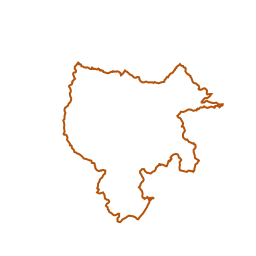 an SVG outline of Henan, rotated 35°
{"feature_id": "CHN-1812", "entity_name": "Henan", "entity_type": "Province", "adm_level": 1, "iso_a3": "CHN", "parent_name": "China", "parent_adm1": "", "projection": "equal_earth", "projection_center": [114.102, 33.88], "detail": "fine", "context": "isolated", "style": "outline", "palette": "amber", "viewbox_px": 256, "rotation_deg": 35, "n_neighbors": 0, "source": "natural_earth", "source_scale": "10m", "svg_char_len": 5852}
<svg xmlns="http://www.w3.org/2000/svg" viewBox="0 0 256 256"><g transform="rotate(35 128 128)"><path d="M137.5,45.6L138.5,46.3L139.8,46.2L140.3,45.8L140.9,46.0L141.9,47.3L142.3,48.5L144.6,49.5L146.2,49.7L146.8,49.3L148.3,49.7L149.2,49.5L149.8,50.3L151.1,50.6L154.6,53.1L156.1,53.3L158.4,52.5L160.5,52.9L161.5,52.7L163.4,54.3L163.6,54.6L163.4,55.5L163.7,55.7L164.9,55.5L165.4,55.2L166.3,54.2L166.9,52.6L168.2,51.4L168.9,51.7L170.1,51.5L171.2,52.0L172.8,54.7L173.4,55.0L174.1,54.8L175.3,53.4L176.8,52.4L176.8,55.2L175.9,57.7L175.3,58.4L174.0,59.2L173.7,59.8L173.3,64.3L173.7,64.9L174.8,64.3L175.8,63.3L176.1,62.5L176.5,60.9L177.0,60.4L178.6,60.4L182.0,59.4L183.7,58.5L186.0,56.5L188.4,56.8L189.2,56.4L192.0,54.2L192.4,55.0L192.3,55.6L191.7,56.2L191.0,58.6L189.3,58.0L189.0,58.3L188.8,58.2L186.8,60.0L186.7,60.6L187.3,61.2L187.4,61.5L187.1,61.9L184.3,62.5L183.5,63.1L182.3,65.1L181.7,65.8L180.8,66.3L178.8,66.7L178.0,66.6L177.9,67.5L177.7,68.1L175.5,69.6L175.3,70.1L175.2,71.5L175.0,72.0L174.0,72.1L173.7,72.8L174.1,74.0L174.0,74.4L173.1,74.7L171.7,76.4L171.1,76.6L169.3,76.7L168.8,77.2L167.2,77.8L166.2,79.4L165.6,81.0L164.1,83.1L161.9,84.5L162.2,86.4L161.8,87.6L161.8,89.1L161.5,89.8L163.2,90.5L164.8,90.0L165.5,90.1L170.1,92.3L171.1,93.7L171.0,95.7L171.3,96.0L172.1,95.4L173.2,95.4L176.3,97.6L176.3,100.3L176.6,101.5L177.7,103.1L178.8,104.2L181.7,104.5L182.4,104.3L182.9,103.5L184.3,103.8L185.7,104.5L187.5,103.9L189.7,103.7L190.4,102.8L191.6,103.5L192.6,103.0L193.0,103.3L193.7,104.3L194.3,104.6L194.6,105.7L194.3,107.9L194.5,108.6L195.6,110.0L198.4,112.2L199.8,113.9L200.4,114.2L204.4,113.9L204.9,114.1L204.7,115.6L205.0,117.3L204.3,118.4L204.2,119.4L204.9,120.8L205.7,123.1L206.7,124.9L206.5,126.5L205.3,126.3L204.5,127.2L203.8,127.3L202.1,128.1L201.8,128.5L201.6,129.9L201.3,130.2L194.9,132.8L193.8,132.1L192.4,130.1L191.7,128.4L189.9,126.4L189.8,125.9L190.1,124.1L189.7,123.4L188.3,123.1L187.6,122.8L186.7,123.1L184.4,121.2L182.2,121.6L180.3,124.0L179.7,126.7L179.9,128.0L181.2,128.1L181.4,128.5L181.3,131.1L181.1,131.4L180.4,131.0L180.1,131.6L180.7,133.3L181.6,137.1L180.6,137.7L178.2,137.9L176.8,138.4L175.7,140.0L175.3,140.0L174.8,139.3L174.5,139.4L174.3,139.9L174.5,141.3L174.0,142.4L174.0,143.4L173.7,144.4L174.2,145.1L174.5,147.8L174.4,148.3L173.3,149.6L172.8,152.0L172.3,152.5L170.5,153.0L169.4,153.8L166.6,153.6L165.0,152.5L164.5,152.6L163.0,153.8L163.0,155.1L162.7,156.6L163.3,157.5L163.9,158.0L166.1,158.8L167.0,159.5L169.1,160.2L170.6,161.5L170.8,163.4L170.4,164.2L170.4,166.1L170.5,166.9L171.1,168.1L170.9,170.3L172.4,170.5L173.3,171.0L175.4,171.5L177.5,173.2L178.5,175.2L179.6,176.4L180.1,176.6L181.2,176.1L181.8,176.2L182.2,176.6L183.2,174.4L183.3,173.6L184.5,174.0L184.9,173.4L185.8,174.3L186.2,173.2L187.1,171.9L188.1,170.9L189.0,170.8L189.1,171.0L187.8,172.2L187.5,172.8L187.9,173.3L187.5,175.6L188.2,176.9L188.4,179.7L188.9,181.7L189.3,189.2L188.7,193.9L188.7,197.0L187.8,197.3L185.1,196.9L184.4,197.2L183.3,197.2L180.7,198.4L180.1,198.9L179.4,198.9L178.3,200.7L177.8,202.6L175.9,206.1L175.9,207.9L175.5,209.7L174.6,210.1L173.2,210.4L172.8,210.3L172.3,209.3L171.3,208.4L171.2,207.5L171.5,206.3L171.4,205.5L170.0,203.4L169.2,203.7L167.9,206.4L166.9,207.3L166.0,207.6L162.8,207.2L161.8,207.5L160.7,207.4L160.1,207.2L159.5,206.4L158.2,206.2L156.8,204.6L155.1,204.6L154.5,204.4L154.2,202.8L154.2,201.9L154.9,200.5L155.0,199.7L154.7,198.9L154.2,198.5L153.0,198.2L152.1,198.8L149.8,199.0L148.1,197.5L147.3,196.4L144.5,195.1L142.9,197.3L142.2,197.9L141.5,198.3L139.6,198.5L139.6,195.5L138.9,194.9L138.2,195.2L137.5,195.2L137.2,194.7L136.9,192.9L135.4,190.8L135.3,188.5L134.5,186.0L134.5,185.5L135.2,183.8L134.8,180.5L135.3,178.3L133.9,176.0L133.4,176.4L132.4,176.3L131.4,176.8L131.0,177.3L130.7,178.2L130.2,178.2L129.7,178.7L129.4,179.6L129.0,180.0L126.5,180.4L124.0,179.5L123.5,178.5L123.1,178.1L122.1,177.7L121.4,176.6L121.0,176.3L120.1,176.2L119.1,177.1L118.4,177.3L116.7,175.8L115.9,176.0L115.3,176.5L111.8,177.3L109.5,178.3L105.8,177.5L103.8,177.4L102.0,177.6L101.3,178.0L99.3,177.9L98.0,178.5L96.1,177.0L95.4,176.8L94.0,176.8L91.9,174.9L91.6,174.8L90.5,175.5L89.4,174.2L84.8,172.6L84.0,170.8L83.6,170.3L81.8,169.2L80.9,169.1L79.6,170.1L79.0,170.1L78.6,169.6L78.3,167.8L77.8,166.9L75.5,164.6L74.0,161.8L71.8,159.7L70.8,159.1L70.6,158.6L70.8,157.4L70.7,156.9L69.5,155.2L68.7,153.6L68.1,151.5L66.6,150.7L65.4,149.3L64.9,147.7L66.0,144.1L65.4,142.0L65.9,140.0L65.1,137.2L64.2,136.0L62.6,135.2L60.7,133.4L60.4,132.8L60.5,131.6L59.5,129.9L58.0,128.7L56.3,128.1L55.7,127.6L55.7,126.8L56.9,124.4L56.2,122.2L55.8,122.2L55.7,121.8L56.0,119.6L56.4,118.5L56.4,118.0L54.9,117.4L54.2,116.7L52.7,115.9L52.1,115.3L51.8,114.7L51.8,113.9L52.0,113.4L53.0,112.6L53.1,112.1L52.8,111.3L52.4,110.7L50.4,110.0L49.6,108.9L49.3,108.0L49.3,107.3L49.7,106.2L49.6,103.0L50.6,103.0L51.4,103.9L51.7,103.8L52.1,103.2L53.2,103.0L54.4,104.1L55.7,103.5L57.3,103.4L58.8,102.8L59.1,102.6L59.3,102.1L60.3,101.5L63.2,101.3L64.2,100.7L63.9,99.1L64.5,99.0L65.5,99.7L65.9,99.5L66.8,98.6L68.9,97.9L69.2,97.6L69.6,96.3L70.1,96.2L71.7,97.0L71.9,96.9L72.3,96.1L72.5,96.0L73.2,96.4L74.1,95.7L74.7,95.5L75.7,96.2L80.0,94.8L80.3,94.6L80.7,93.7L81.2,93.3L81.9,91.7L83.1,91.0L82.9,90.4L83.2,90.1L84.6,89.7L85.2,88.9L86.0,88.6L86.9,87.6L88.6,87.2L89.0,87.4L90.0,87.2L92.0,88.8L92.6,86.8L92.6,82.6L94.2,82.8L95.0,82.5L99.4,83.1L101.1,82.6L103.3,83.1L104.2,83.1L105.6,82.4L106.3,80.9L107.9,80.1L108.3,80.3L109.1,81.3L111.2,82.4L113.5,82.4L115.0,81.4L115.6,80.3L116.4,79.5L119.0,78.9L120.1,77.6L121.3,77.1L121.9,76.5L122.9,76.5L123.3,75.9L123.4,75.1L124.1,75.1L127.6,73.7L129.5,70.9L130.7,70.0L131.1,69.5L131.0,68.9L130.5,68.0L130.8,65.4L130.6,64.5L130.7,63.8L131.7,63.5L131.4,62.2L131.6,60.9L131.5,59.3L132.4,58.1L133.0,56.1L132.8,54.5L133.2,53.3L132.6,52.2L133.2,51.2L132.7,50.3L133.9,46.6L133.9,45.9L136.0,46.4L137.5,45.6Z" fill="none" stroke="#b45309" stroke-width="2"/></g></svg>